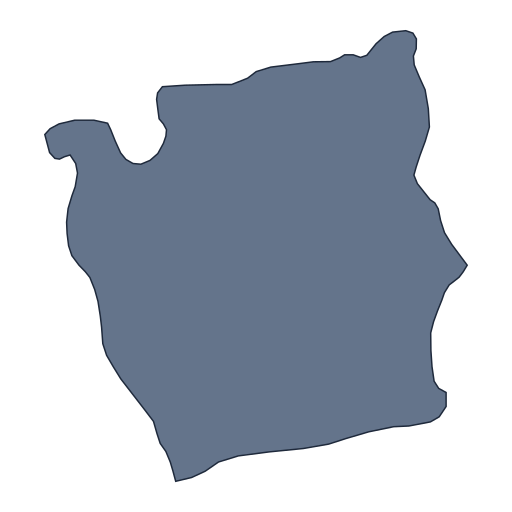 Mougalaba, Ngounié, Gabon (Equal Earth projection)
{"feature_id": "22940354B67008732943825", "entity_name": "Mougalaba", "entity_type": "district", "adm_level": 2, "iso_a3": "GAB", "parent_name": "Gabon", "parent_adm1": "Ngounié", "projection": "equal_earth", "projection_center": [10.772, -2.045], "detail": "fine", "context": "isolated", "style": "filled", "palette": "slate", "viewbox_px": 512, "rotation_deg": 0, "n_neighbors": 0, "source": "geoboundaries", "source_scale": "gbopen_adm2", "svg_char_len": 1568}
<svg xmlns="http://www.w3.org/2000/svg" viewBox="0 0 512 512"><path d="M446.1,392.5L438.7,388.4L434.1,381.2L432.0,366.6L430.9,350.4L430.7,332.9L433.6,321.6L437.5,310.9L441.8,300.2L444.4,292.7L449.2,284.9L453.8,281.4L459.1,277.2L463.2,271.8L467.2,265.2L451.7,244.4L444.5,232.7L440.6,220.6L438.2,208.8L434.8,202.9L430.1,199.7L417.4,183.7L413.9,175.1L416.2,166.9L420.0,155.3L425.3,141.0L429.4,127.0L428.3,108.6L425.1,89.8L419.2,76.8L414.2,64.9L413.4,56.0L416.2,48.8L416.4,38.9L412.9,33.1L405.8,30.7L392.6,32.1L384.2,36.5L376.1,43.7L366.8,55.3L360.5,57.4L353.2,54.8L344.6,54.8L339.7,57.9L330.5,61.6L313.4,61.8L297.7,63.8L270.8,67.1L256.2,71.6L247.6,78.2L231.7,84.5L216.2,84.5L185.1,85.2L162.4,86.7L157.6,92.9L156.6,99.3L157.8,108.9L159.1,118.8L163.4,123.9L166.5,129.7L165.9,136.2L163.4,143.4L157.8,153.6L150.0,160.4L140.9,164.2L133.0,163.5L125.9,159.4L120.6,152.9L115.2,141.0L110.7,129.7L107.6,123.2L93.9,120.2L74.7,120.2L59.0,123.9L50.1,128.7L44.8,134.5L49.6,152.6L54.9,158.4L59.5,159.1L64.5,156.7L70.1,155.0L75.7,163.5L77.5,173.1L75.2,186.7L71.9,195.9L68.1,208.6L66.6,222.2L67.1,233.5L68.6,245.8L71.9,255.7L79.0,265.2L85.3,271.7L89.9,277.5L94.7,289.5L98.0,301.4L100.3,316.1L101.6,327.3L102.8,343.7L106.6,355.3L113.2,366.6L120.8,378.9L144.7,409.8L153.5,421.4L157.0,433.6L160.2,443.4L165.9,451.5L170.3,462.1L172.9,470.9L175.7,481.3L191.6,477.5L205.2,471.2L218.5,462.0L238.3,455.9L269.1,451.9L303.4,448.5L328.7,444.1L345.7,438.6L368.8,431.8L393.6,426.7L408.8,426.0L430.4,421.9L439.2,416.8L446.1,406.5L446.1,392.5Z" fill="#64748b" stroke="#1e293b" stroke-width="1.5"/></svg>